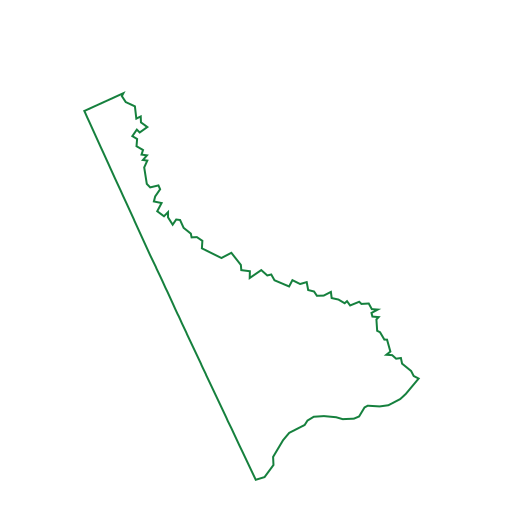 Sioux, North Dakota, United States of America (orthographic projection), rotated 65°
{"feature_id": "52423323B40893510468024", "entity_name": "Sioux", "entity_type": "district", "adm_level": 2, "iso_a3": "USA", "parent_name": "United States of America", "parent_adm1": "North Dakota", "projection": "orthographic", "projection_center": [-101.23, 46.186], "detail": "fine", "context": "isolated", "style": "outline", "palette": "green", "viewbox_px": 512, "rotation_deg": 65, "n_neighbors": 0, "source": "geoboundaries", "source_scale": "gbopen_adm2", "svg_char_len": 2052}
<svg xmlns="http://www.w3.org/2000/svg" viewBox="0 0 512 512"><g transform="rotate(65 256 256)"><path d="M52.0,350.3L53.8,350.3L54.5,350.3L58.8,350.4L63.3,350.4L82.6,350.6L91.9,350.7L97.3,350.7L107.8,350.8L109.1,350.8L115.6,350.9L115.8,350.9L116.1,350.9L117.7,350.9L125.5,351.0L127.3,351.0L131.3,351.0L138.7,351.0L139.0,351.0L145.3,351.1L153.2,351.1L171.4,351.2L172.7,351.3L210.3,351.6L222.9,351.4L223.8,351.4L225.3,351.5L233.9,351.4L239.5,351.4L246.6,351.5L250.9,351.4L263.9,351.5L269.5,351.6L276.2,351.6L277.1,351.5L278.4,351.5L280.5,351.5L285.2,351.6L286.2,351.6L296.0,351.5L297.5,351.6L330.5,351.4L331.6,351.5L334.9,351.5L341.9,351.4L342.8,351.5L355.3,351.4L388.2,351.2L390.3,351.2L393.5,351.3L401.6,351.1L420.7,351.1L427.1,351.0L458.7,350.8L460.0,341.7L452.8,328.5L445.3,325.4L434.3,309.2L430.3,300.6L429.7,283.3L426.9,278.9L426.1,271.6L429.8,262.1L436.0,251.5L440.5,246.4L444.8,236.0L445.0,230.4L439.1,221.6L438.9,218.0L444.6,207.5L447.2,199.1L446.6,185.7L444.3,178.5L435.8,160.4L431.4,163.8L425.8,164.0L415.3,169.1L409.7,167.8L408.3,172.4L403.4,174.5L400.6,179.6L399.4,174.6L387.2,172.6L386.0,175.0L377.5,175.8L375.0,177.8L364.4,173.7L363.2,170.7L360.1,176.1L356.4,175.4L356.0,168.3L353.1,173.5L346.7,173.9L344.0,180.7L341.1,181.8L340.6,191.6L335.4,192.6L336.3,195.6L330.3,199.7L326.1,205.2L320.2,203.3L320.5,211.4L317.8,217.6L312.7,218.4L308.9,223.1L301.1,221.1L300.0,227.9L293.3,233.2L297.6,238.9L285.8,249.5L279.2,250.0L278.4,254.0L271.0,257.2L273.3,271.0L267.2,268.0L262.6,275.3L257.7,273.5L242.7,277.0L243.2,288.2L226.2,301.8L219.6,298.2L213.9,301.6L211.9,306.5L208.2,305.6L199.9,309.7L191.3,309.6L189.2,312.9L192.4,318.3L183.8,319.4L179.1,317.2L181.1,322.6L173.7,326.6L168.1,319.2L163.4,325.5L159.4,322.2L155.0,314.7L150.8,314.6L149.1,322.9L144.5,324.5L128.5,319.9L123.6,314.2L121.2,317.9L118.7,312.3L115.7,316.9L112.2,313.6L106.0,317.9L99.7,314.3L95.1,317.4L91.1,310.6L94.9,309.2L93.2,300.0L86.3,303.8L80.8,301.5L80.9,306.4L69.2,302.5L61.5,309.0L54.4,310.0L52.4,307.4L52.0,350.3Z" fill="none" stroke="#15803d" stroke-width="2"/></g></svg>